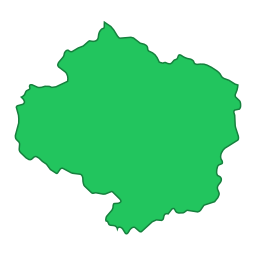 map outline of Vysočina (Albers equal-area conic projection)
{"feature_id": "CZE-1594", "entity_name": "Vysočina", "entity_type": "Region", "adm_level": 1, "iso_a3": "CZE", "parent_name": "Czechia", "parent_adm1": "", "projection": "albers", "projection_center": [15.646, 49.41], "detail": "fine", "context": "isolated", "style": "filled", "palette": "green", "viewbox_px": 256, "rotation_deg": 0, "n_neighbors": 0, "source": "natural_earth", "source_scale": "10m", "svg_char_len": 4059}
<svg xmlns="http://www.w3.org/2000/svg" viewBox="0 0 256 256"><path d="M237.9,85.0L237.6,87.5L237.0,90.1L235.2,94.7L235.2,95.9L235.5,96.9L239.6,100.9L240.2,102.0L240.5,103.3L240.6,104.7L240.6,106.1L240.4,107.4L239.9,108.4L239.4,109.1L235.0,110.0L234.3,110.5L233.9,111.3L233.8,112.3L234.7,115.3L235.2,125.7L235.5,127.3L238.3,136.1L238.5,137.6L238.4,139.0L237.8,140.1L225.0,148.1L223.1,150.0L221.6,152.6L221.0,154.0L220.7,155.6L220.6,157.0L220.8,158.1L221.0,159.0L222.1,160.9L222.3,161.6L222.4,162.4L222.3,163.2L221.8,163.7L218.7,165.0L218.0,165.7L217.5,166.7L216.8,169.5L216.6,172.4L216.8,173.7L217.2,174.8L217.8,175.6L219.6,176.5L220.4,177.1L221.0,178.0L221.3,178.9L221.3,180.0L221.0,181.2L220.3,182.5L218.3,185.0L217.7,186.2L217.4,187.3L217.4,188.4L217.6,189.4L218.8,192.3L219.1,193.3L219.1,194.3L218.8,195.4L217.8,197.7L214.6,201.7L204.2,205.1L203.6,205.7L200.5,210.3L199.3,211.3L197.7,211.9L187.4,210.3L186.8,210.4L184.1,212.4L183.2,212.8L178.7,213.0L177.0,212.5L176.2,211.9L175.5,211.0L174.8,209.6L174.0,208.6L173.0,208.5L171.9,209.1L168.1,213.9L167.5,213.7L166.1,213.7L165.3,214.0L164.6,214.6L164.0,215.7L163.3,218.9L162.5,219.9L161.6,220.4L156.4,219.9L152.2,221.8L141.4,231.7L140.5,231.8L139.6,231.5L135.1,227.6L134.1,227.2L133.1,227.3L132.1,227.7L130.6,228.9L129.5,230.2L129.1,231.1L127.9,232.9L127.1,233.6L126.2,233.8L125.4,233.3L122.6,228.8L121.5,227.8L120.4,227.3L119.4,227.1L118.5,227.3L117.8,227.9L117.4,229.0L117.2,228.2L116.5,227.0L115.8,226.4L115.1,225.9L113.4,225.5L111.0,225.3L110.0,225.1L109.0,224.5L108.5,223.4L107.8,221.9L107.4,221.3L106.9,221.1L106.4,221.1L106.1,221.0L105.9,220.5L105.8,219.5L106.1,217.7L106.4,216.8L107.0,215.9L111.9,210.2L112.6,208.7L113.0,207.6L113.1,205.9L113.3,204.9L113.6,204.0L114.0,203.6L114.8,203.5L118.1,203.3L119.1,203.0L119.9,202.6L120.5,202.1L120.9,201.6L120.9,201.0L120.7,200.2L119.7,198.9L112.6,191.9L112.1,191.6L111.6,191.5L111.0,191.7L105.2,194.0L103.1,194.1L96.1,192.8L95.4,192.8L92.9,193.3L92.2,193.1L91.6,192.8L84.6,186.1L83.9,185.1L83.4,183.5L83.0,181.5L82.8,177.8L82.2,175.9L81.3,174.7L80.1,174.2L72.8,173.3L71.2,172.8L70.5,172.4L62.8,168.3L61.8,168.2L61.0,168.5L60.3,169.0L57.6,172.9L57.0,173.4L56.4,173.4L50.4,169.5L46.5,164.2L42.3,161.3L39.0,158.1L36.6,156.7L35.3,156.5L34.1,157.0L31.5,159.3L30.2,159.7L28.8,159.5L26.0,157.8L20.5,152.5L19.7,151.3L19.3,150.2L19.2,149.1L19.6,144.4L19.5,143.3L19.2,142.5L18.8,141.9L16.4,139.5L15.7,138.4L15.4,137.0L15.4,135.4L18.7,123.1L18.8,118.9L18.5,115.2L16.3,107.2L16.7,106.3L17.6,105.7L22.8,104.3L23.8,103.5L24.4,102.5L24.4,101.4L24.0,100.4L23.4,99.3L21.3,97.1L22.5,96.6L24.3,95.0L24.9,93.9L25.3,92.9L25.6,92.1L26.1,91.3L26.5,90.8L29.3,89.3L29.7,88.9L29.9,88.2L29.6,86.9L29.5,86.4L29.6,85.8L29.8,85.2L30.2,84.9L30.9,84.7L32.1,84.8L37.9,87.4L39.5,87.5L41.6,87.3L45.0,86.3L49.3,86.4L51.8,87.4L56.0,86.8L67.6,81.3L67.9,78.6L67.6,76.1L66.8,74.1L66.1,72.8L65.2,71.9L58.6,66.9L58.0,65.9L57.7,65.0L58.2,63.3L58.9,62.1L62.2,58.2L63.5,56.5L63.9,55.6L64.1,54.7L64.3,53.7L64.6,52.7L65.1,51.9L65.7,51.2L66.3,50.6L66.5,50.5L67.5,50.2L68.0,50.2L68.3,50.3L68.9,50.8L70.1,51.5L70.9,51.7L71.6,51.7L72.1,51.6L78.2,48.0L83.3,46.0L88.5,41.4L89.4,40.9L90.0,40.9L90.8,41.1L93.2,41.4L95.2,41.1L96.4,40.5L97.3,39.7L97.8,38.9L98.2,37.9L98.7,34.3L99.0,33.3L99.3,32.4L99.5,31.9L100.0,31.1L100.5,30.3L101.6,29.2L102.1,28.8L103.6,28.3L104.1,27.7L104.3,26.5L104.3,24.1L104.4,22.2L110.8,26.5L113.6,29.8L117.4,36.0L118.9,37.7L119.8,38.2L130.9,37.3L133.5,38.0L140.2,43.2L144.1,44.2L146.2,45.4L147.0,46.3L147.5,47.4L147.8,49.7L148.2,50.4L148.7,51.0L152.6,52.9L155.0,54.8L157.0,57.5L159.3,62.2L163.0,63.2L164.1,62.6L165.4,62.5L167.4,63.4L169.0,63.8L170.4,63.8L171.8,62.9L174.0,60.3L174.7,59.9L176.4,59.3L177.1,58.8L177.6,57.9L178.3,56.0L178.6,55.4L179.2,54.9L180.1,54.9L181.1,55.3L183.2,56.7L185.2,57.7L187.4,58.5L190.8,59.2L192.4,60.1L193.5,61.1L193.9,62.3L194.4,63.3L195.5,64.1L197.1,64.4L200.2,64.1L204.0,64.2L207.0,65.1L211.4,67.3L216.9,70.9L218.8,72.5L220.2,74.1L221.1,75.8L222.2,77.3L223.8,78.4L229.0,80.3L235.0,84.1L237.9,85.0Z" fill="#22c55e" stroke="#15803d" stroke-width="1.5"/></svg>